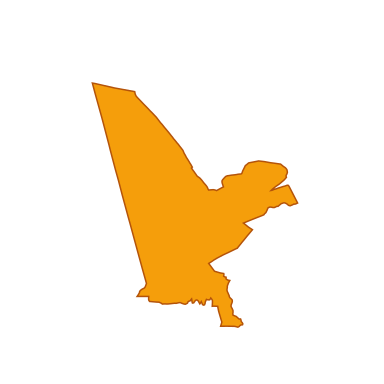 Kikuyu, Central, Kenya, rotated 64°
{"feature_id": "3690345B86705577908989", "entity_name": "Kikuyu", "entity_type": "district", "adm_level": 2, "iso_a3": "KEN", "parent_name": "Kenya", "parent_adm1": "Central", "projection": "orthographic", "projection_center": [36.645, -1.233], "detail": "fine", "context": "isolated", "style": "filled", "palette": "amber", "viewbox_px": 384, "rotation_deg": 64, "n_neighbors": 0, "source": "geoboundaries", "source_scale": "gbopen_adm2", "svg_char_len": 4130}
<svg xmlns="http://www.w3.org/2000/svg" viewBox="0 0 384 384"><g transform="rotate(64 192 192)"><path d="M325.2,225.1L328.2,218.9L331.3,212.8L332.2,211.6L332.9,210.8L333.6,210.0L333.5,208.3L333.0,207.3L333.0,206.2L333.5,204.8L332.8,204.1L331.7,204.1L330.0,204.5L328.5,204.1L327.4,204.0L327.1,204.9L326.4,205.6L325.2,206.0L323.1,206.9L322.3,207.7L320.7,209.1L319.3,208.7L318.0,207.8L316.4,207.1L314.4,207.0L312.7,207.1L311.8,207.0L310.8,206.4L309.8,205.4L309.0,204.5L307.8,203.6L306.7,203.2L305.5,203.5L303.4,204.3L302.3,204.3L301.3,204.0L300.0,204.0L298.6,203.9L297.2,203.9L295.5,203.6L294.1,202.7L293.3,202.1L292.4,201.7L291.5,201.0L290.8,200.2L289.8,199.2L288.8,197.8L288.1,196.8L286.7,198.6L285.0,199.5L283.5,198.7L282.6,199.8L281.6,200.5L280.4,199.6L279.2,199.2L277.1,202.1L273.1,206.5L263.5,208.3L263.3,205.9L262.7,202.0L262.6,200.5L262.4,198.2L262.2,192.5L262.2,190.3L262.3,186.0L262.3,182.5L262.3,181.1L262.3,177.5L262.4,175.9L261.9,175.0L259.9,170.7L259.2,169.3L258.1,166.8L255.8,161.9L253.5,156.7L252.4,154.2L248.2,156.7L242.5,159.4L242.8,153.8L243.1,149.6L243.5,144.3L243.7,142.0L243.9,139.4L244.0,137.4L243.4,136.4L242.9,134.6L241.0,132.2L240.3,131.5L239.5,130.4L239.7,128.5L240.6,127.1L241.5,126.0L242.1,124.6L242.1,123.1L242.1,122.0L242.6,121.0L241.6,117.0L242.0,114.0L243.1,112.8L244.2,112.0L245.1,111.6L246.3,111.1L247.4,109.9L247.6,107.2L247.5,105.8L248.0,104.9L248.2,103.7L248.2,101.9L229.3,102.3L228.0,102.7L227.6,103.7L227.5,105.1L227.3,106.5L227.0,107.7L226.8,109.2L226.6,110.6L226.3,112.3L226.1,114.5L225.7,116.9L225.6,118.0L225.6,119.2L225.3,120.2L224.6,118.2L224.1,115.9L223.7,114.1L223.2,110.4L222.8,108.7L222.5,107.5L222.1,106.0L221.8,104.7L221.3,103.2L220.2,100.7L218.8,100.5L218.1,99.8L217.3,98.7L216.1,97.6L214.8,97.2L213.5,96.9L212.4,97.1L211.2,97.4L209.8,98.2L209.0,98.7L208.0,99.1L206.8,99.7L205.8,100.1L202.6,104.8L200.1,108.6L196.3,113.8L193.3,118.5L192.0,123.4L190.7,128.2L190.9,129.3L191.4,131.0L191.6,132.4L193.4,134.7L195.3,137.2L196.7,138.6L197.3,139.4L197.1,140.6L196.5,142.0L196.1,143.2L195.9,144.1L195.2,146.3L194.3,148.7L193.8,150.3L193.4,151.7L192.9,153.1L192.8,154.9L193.1,155.8L193.5,156.9L194.0,158.1L194.4,159.0L194.9,159.9L196.0,160.6L197.4,161.0L201.2,161.5L201.3,165.2L201.5,169.3L200.8,169.9L200.0,170.8L199.2,171.9L197.5,176.2L196.5,176.3L195.4,176.2L193.9,176.2L192.2,176.5L190.7,176.9L188.9,177.4L187.9,177.6L186.3,177.9L184.7,178.3L183.0,178.8L182.0,179.3L181.0,179.9L179.7,180.5L178.7,180.6L177.4,180.8L176.2,181.0L174.3,181.3L172.9,181.6L171.3,181.8L170.2,182.0L169.8,180.8L168.9,180.9L166.6,181.0L165.4,181.2L163.7,181.3L161.5,181.5L158.3,181.9L156.3,181.9L153.8,182.1L152.0,182.0L150.6,181.9L148.6,182.3L144.9,183.1L143.1,183.4L141.9,183.8L138.3,184.6L135.7,185.3L134.6,185.4L132.2,186.0L129.3,186.6L125.2,187.6L121.6,188.5L118.0,189.3L117.0,189.6L116.0,189.9L112.1,190.7L109.1,191.3L106.0,192.3L102.8,193.3L100.6,194.1L98.2,194.8L92.2,196.8L91.3,197.1L82.8,199.8L81.1,200.2L79.0,200.1L76.7,199.5L64.4,216.2L52.0,231.6L50.4,233.8L61.1,235.9L85.9,240.5L92.0,241.7L113.5,246.0L118.6,247.1L138.2,251.0L149.7,253.1L164.5,256.1L186.5,260.3L189.8,260.9L193.1,261.5L209.3,264.6L225.6,267.7L240.5,270.5L254.2,273.0L255.4,274.2L256.7,275.6L257.4,276.8L257.5,280.0L257.9,281.7L258.6,282.8L259.4,283.3L260.7,285.2L261.8,287.1L266.9,276.7L269.3,278.0L270.5,278.3L271.8,278.1L275.4,272.1L276.6,269.9L278.6,268.3L279.7,267.8L280.3,266.3L280.8,265.2L281.6,263.8L282.1,262.7L282.8,260.8L283.3,259.4L284.4,256.3L285.1,255.1L285.4,253.8L285.8,252.1L286.3,251.0L287.7,249.8L289.0,248.5L289.9,247.3L290.0,245.9L289.9,244.8L289.0,243.8L288.8,242.6L289.0,241.2L288.3,240.2L287.9,239.2L289.4,239.6L290.6,240.1L292.0,240.3L292.4,239.1L291.1,236.7L290.9,235.5L291.7,234.5L293.1,234.1L294.5,234.1L296.0,234.0L295.2,232.6L294.6,231.7L296.5,231.8L297.8,231.9L298.7,231.3L298.9,230.2L297.8,229.0L296.8,228.4L294.8,226.1L295.7,225.3L296.7,223.4L296.2,222.5L295.5,221.6L297.2,221.2L298.4,221.2L299.8,221.8L303.6,223.9L304.0,222.8L304.5,221.8L306.0,219.0L307.0,219.3L308.4,219.7L310.7,220.3L318.8,221.7L322.0,222.2L323.9,223.9L325.2,225.1Z" fill="#f59e0b" stroke="#b45309" stroke-width="1.5"/></g></svg>